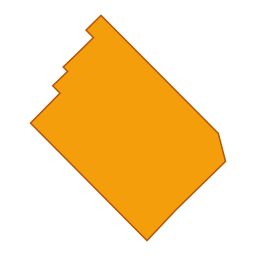 the district of Tres Lomas, Buenos Aires, Argentina
{"feature_id": "61730980B65792055556448", "entity_name": "Tres Lomas", "entity_type": "district", "adm_level": 2, "iso_a3": "ARG", "parent_name": "Argentina", "parent_adm1": "Buenos Aires", "projection": "orthographic", "projection_center": [-62.914, -36.49], "detail": "fine", "context": "isolated", "style": "filled", "palette": "amber", "viewbox_px": 256, "rotation_deg": 0, "n_neighbors": 0, "source": "geoboundaries", "source_scale": "gbopen_adm2", "svg_char_len": 284}
<svg xmlns="http://www.w3.org/2000/svg" viewBox="0 0 256 256"><path d="M147.0,240.6L175.7,210.1L225.5,161.4L218.3,133.4L101.0,15.4L86.0,30.1L93.4,37.6L78.3,52.5L63.2,67.0L67.6,71.4L52.7,85.8L60.0,93.2L30.5,123.1L147.0,240.6Z" fill="#f59e0b" stroke="#b45309" stroke-width="1.5"/></svg>